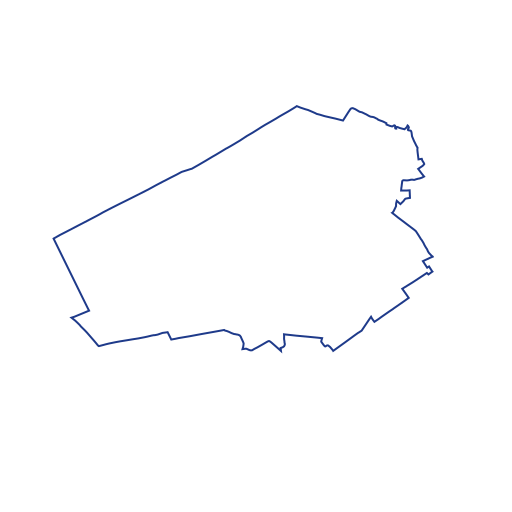 the district of Tan Phuoc, Tiền Giang, Vietnam, rotated 335°
{"feature_id": "81297802B67867529169474", "entity_name": "Tan Phuoc", "entity_type": "district", "adm_level": 2, "iso_a3": "VNM", "parent_name": "Vietnam", "parent_adm1": "Tiền Giang", "projection": "albers", "projection_center": [106.267, 10.509], "detail": "fine", "context": "isolated", "style": "outline", "palette": "blue", "viewbox_px": 512, "rotation_deg": 335, "n_neighbors": 0, "source": "geoboundaries", "source_scale": "gbopen_adm2", "svg_char_len": 5213}
<svg xmlns="http://www.w3.org/2000/svg" viewBox="0 0 512 512"><g transform="rotate(335 256 256)"><path d="M448.2,226.0L448.1,225.5L448.0,225.2L448.0,224.6L448.0,224.1L447.9,223.6L447.9,221.5L447.8,218.6L447.9,216.0L448.0,213.5L448.5,211.9L449.1,210.0L449.3,208.9L449.3,208.3L449.2,207.9L448.9,207.6L447.6,206.7L447.1,206.3L447.0,206.0L447.0,205.8L447.4,205.2L448.1,204.8L448.5,204.5L448.8,204.2L448.9,203.9L448.9,203.1L448.8,202.7L448.8,202.2L448.6,202.0L448.5,201.8L447.4,202.7L446.2,203.3L444.7,203.7L444.2,203.9L443.2,203.1L442.2,202.3L441.4,201.6L440.3,200.7L439.1,199.3L438.5,198.8L438.1,198.6L437.8,198.6L437.4,198.9L437.1,199.3L436.9,199.8L436.5,199.6L436.2,199.3L436.2,198.9L436.3,198.5L436.6,198.1L436.8,197.6L437.0,197.3L437.1,197.0L437.1,196.7L436.7,196.1L436.4,196.0L435.7,196.0L435.1,196.1L434.5,196.2L434.0,196.0L432.4,194.7L429.8,192.0L430.3,190.7L429.9,190.3L428.3,188.2L426.8,186.6L426.4,186.3L424.7,184.5L424.3,184.1L424.2,183.7L424.0,183.3L423.7,182.8L422.7,181.6L421.9,180.5L421.4,180.0L420.7,179.4L420.1,179.0L419.4,178.6L418.6,178.0L418.0,177.3L417.4,176.6L417.0,176.0L416.6,175.4L416.1,174.7L415.6,174.0L414.9,173.2L412.8,170.6L412.3,170.2L411.4,169.5L411.3,169.4L411.0,169.2L410.9,169.1L410.8,168.9L410.5,168.6L408.1,165.0L406.2,162.9L405.3,162.6L404.6,162.5L403.6,162.8L400.6,164.6L392.1,170.0L386.0,165.0L381.6,161.6L378.0,158.8L376.9,157.9L373.7,155.0L371.0,152.8L370.2,151.7L368.2,149.4L364.9,145.7L362.7,143.8L359.0,140.3L356.3,137.4L355.2,137.6L352.0,138.0L346.4,138.6L339.0,139.2L335.7,139.5L332.4,139.9L330.2,140.1L325.8,140.5L319.6,141.0L315.1,141.5L312.2,141.9L305.0,142.8L298.2,143.4L290.2,144.6L285.2,145.1L284.4,145.2L279.2,145.7L275.3,146.0L274.4,146.0L269.8,146.5L262.3,147.3L258.5,147.6L250.8,148.4L242.2,149.2L234.5,149.8L233.8,149.6L229.7,149.1L224.5,148.4L223.4,148.4L218.5,148.7L211.8,148.9L205.0,149.2L204.0,149.2L195.6,149.6L186.5,150.2L174.0,150.6L163.8,150.9L155.0,151.1L145.2,151.4L135.6,151.8L132.2,152.1L129.1,152.3L127.1,152.4L111.2,153.1L106.4,153.3L95.2,153.8L87.2,154.1L81.0,154.6L80.5,154.6L79.9,154.7L80.9,205.6L81.2,220.4L81.5,232.7L81.6,235.0L70.4,234.5L65.7,234.3L62.7,233.9L64.8,238.1L66.0,241.1L67.1,244.1L67.5,245.8L69.4,250.9L70.4,253.9L73.3,264.0L74.2,267.3L74.8,269.7L75.3,271.1L75.6,271.3L77.2,271.6L80.5,272.2L82.8,272.6L85.8,273.2L92.1,274.7L96.7,275.9L103.4,277.8L108.8,279.3L114.3,280.9L120.6,282.5L123.7,283.2L127.7,284.0L129.7,284.5L130.9,285.0L132.9,285.5L133.9,285.7L135.9,285.9L138.8,286.2L142.6,287.4L143.7,287.7L143.9,295.9L148.1,297.0L151.2,297.7L162.0,300.7L174.0,303.8L186.0,307.0L195.9,309.6L196.4,310.5L197.8,311.6L199.5,313.4L201.2,315.5L203.1,317.4L204.2,318.1L205.1,318.8L206.3,319.6L207.2,320.5L207.8,321.4L208.0,322.5L208.1,323.2L208.0,324.2L208.0,326.3L208.0,328.1L207.9,329.5L207.8,330.1L207.5,330.6L207.0,331.4L205.8,333.2L205.1,333.9L204.4,334.7L205.1,334.9L205.3,335.0L207.1,335.5L208.1,336.0L209.0,337.0L210.3,338.5L211.2,339.2L212.1,339.6L212.6,339.8L213.3,339.7L213.5,339.7L215.3,339.5L218.6,339.4L223.7,339.0L226.9,338.7L230.4,338.4L231.6,338.5L232.0,338.7L232.4,339.1L233.3,340.7L235.9,346.6L238.5,352.6L239.4,349.8L241.7,350.0L243.3,349.7L243.9,349.2L244.6,348.6L245.1,347.5L245.2,346.7L245.7,345.4L246.4,343.0L247.5,340.8L248.3,338.8L249.7,339.7L254.2,342.4L258.8,345.2L267.9,350.5L276.9,355.8L281.2,358.4L279.7,360.1L278.9,361.2L278.9,361.3L279.7,365.3L280.1,366.6L280.3,367.0L280.5,367.2L280.8,367.3L281.4,367.2L282.0,367.1L282.7,367.1L283.2,367.3L283.5,367.5L283.7,367.8L284.7,369.8L285.3,372.0L285.9,374.3L285.9,374.6L300.7,371.8L308.3,370.3L310.8,369.8L316.1,368.8L316.6,368.8L320.2,368.3L327.5,363.9L331.8,361.3L334.6,359.7L334.7,361.7L335.0,363.4L335.5,365.7L340.6,364.9L344.1,364.2L350.4,363.1L353.3,362.6L357.9,361.9L358.1,361.8L360.4,361.4L362.2,361.1L370.8,359.6L376.7,358.5L375.9,353.8L374.7,347.5L386.8,346.1L403.7,343.6L404.5,345.6L408.6,344.8L409.3,344.7L409.1,343.9L408.4,338.6L406.2,338.9L405.1,331.2L412.9,331.2L415.9,331.3L415.9,331.2L415.2,329.9L414.7,328.3L414.1,326.5L413.9,325.3L413.8,323.9L413.9,322.2L413.7,321.1L413.5,319.5L413.3,317.3L413.3,315.3L413.1,313.1L412.9,311.6L412.7,310.7L412.5,309.9L412.5,309.3L411.9,304.5L411.7,303.1L411.4,301.1L410.6,299.3L401.6,282.3L401.1,281.4L398.7,276.5L398.3,275.8L397.7,274.5L398.0,274.5L398.3,274.3L399.7,273.5L402.1,271.6L404.0,270.0L404.3,269.3L405.2,267.6L406.3,266.2L406.9,265.5L408.8,270.0L412.8,268.6L415.0,267.4L415.5,267.3L416.1,267.3L418.0,267.8L420.1,268.4L423.0,261.4L422.7,261.3L420.1,260.3L415.2,258.0L416.5,255.7L417.2,254.7L418.3,252.9L419.4,251.2L420.0,250.2L420.4,249.8L420.7,249.7L421.2,249.6L421.5,249.6L422.0,249.8L422.9,250.3L424.0,250.9L425.0,251.4L425.9,251.7L427.3,252.1L428.5,252.3L429.3,252.6L429.8,252.8L430.3,253.1L430.9,253.5L431.6,253.9L432.3,254.0L433.4,254.1L434.5,254.3L435.3,254.4L436.4,254.7L437.4,254.9L438.4,255.0L439.4,255.1L440.4,255.1L441.1,255.0L441.9,255.0L440.9,250.9L440.0,246.4L439.8,245.6L441.5,245.3L444.0,244.9L445.2,244.7L446.5,244.2L447.3,243.8L447.4,243.4L447.4,243.0L447.4,242.5L447.4,242.0L447.3,241.6L447.2,241.0L447.2,240.6L447.1,240.2L447.1,239.0L447.3,238.5L447.3,238.0L444.1,237.1L445.3,233.4L446.2,230.6L447.1,228.0L448.2,226.0Z" fill="none" stroke="#1e3a8a" stroke-width="2"/></g></svg>